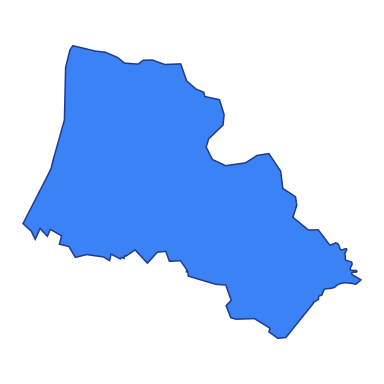 Halifax, North Carolina, United States of America (Equal Earth projection)
{"feature_id": "52423323B7774526001257", "entity_name": "Halifax", "entity_type": "district", "adm_level": 2, "iso_a3": "USA", "parent_name": "United States of America", "parent_adm1": "North Carolina", "projection": "equal_earth", "projection_center": [-77.531, 36.258], "detail": "fine", "context": "isolated", "style": "filled", "palette": "blue", "viewbox_px": 384, "rotation_deg": 0, "n_neighbors": 0, "source": "geoboundaries", "source_scale": "gbopen_adm2", "svg_char_len": 2136}
<svg xmlns="http://www.w3.org/2000/svg" viewBox="0 0 384 384"><path d="M23.0,223.6L31.3,231.2L35.2,239.3L40.1,228.5L47.3,236.3L50.3,229.4L61.6,235.8L59.4,244.2L68.9,246.5L75.3,257.4L86.6,254.6L103.4,256.9L109.6,260.6L111.0,254.1L120.2,258.9L120.7,258.8L121.0,258.3L121.2,258.1L121.4,257.8L121.8,257.6L122.1,257.4L122.3,257.4L123.5,258.2L124.2,258.2L124.2,256.9L124.3,256.3L124.7,255.7L125.0,255.6L125.8,256.2L135.1,249.9L147.4,263.2L157.3,252.2L165.8,251.4L169.4,261.3L180.5,260.7L187.1,270.2L187.1,270.7L187.1,270.9L186.7,271.0L186.3,271.5L186.3,271.8L186.8,271.8L187.2,271.7L187.3,271.6L187.5,271.3L187.7,271.5L188.4,276.2L216.2,284.4L225.8,285.0L231.2,300.4L226.1,305.6L230.8,317.7L235.8,319.2L254.4,318.6L270.0,328.2L268.9,331.9L277.9,338.3L285.9,337.5L313.5,303.1L313.3,302.2L314.6,301.8L318.6,299.2L318.5,297.5L318.5,297.3L319.1,296.0L321.9,295.0L323.9,289.9L324.8,289.0L331.3,288.3L334.6,287.3L337.6,284.7L341.4,283.3L345.1,282.7L352.1,283.4L355.8,284.3L361.0,279.9L352.6,274.8L351.9,274.3L351.6,273.7L351.7,272.9L352.0,272.5L353.5,272.2L354.4,272.1L355.3,272.2L356.1,272.1L356.6,271.9L356.9,271.3L356.7,270.8L356.2,270.5L355.4,270.4L354.5,270.5L352.7,270.4L351.1,270.2L350.3,269.6L350.2,268.7L350.3,268.0L350.6,267.3L351.5,265.8L351.9,264.8L352.1,263.9L352.0,262.8L351.4,262.0L346.0,260.2L345.6,259.8L345.3,259.1L345.2,258.2L345.4,256.7L345.3,256.0L344.9,254.7L344.8,254.0L344.9,253.4L345.4,252.2L346.2,250.8L346.7,249.8L346.7,249.2L346.5,248.8L346.0,248.6L341.8,249.9L341.4,249.9L340.5,249.4L340.0,248.8L339.3,246.2L338.2,244.3L337.2,243.4L335.7,242.8L334.3,243.4L329.9,245.2L318.2,229.8L308.4,230.0L292.9,217.3L296.8,205.2L295.5,196.8L282.8,188.4L280.7,171.3L268.9,153.6L257.1,155.4L245.6,162.8L225.6,165.7L212.4,159.5L206.2,147.1L208.7,138.8L223.0,125.1L224.1,114.7L219.5,99.7L204.7,96.5L203.8,92.3L195.9,89.0L186.7,81.0L180.7,63.9L164.8,64.5L152.4,60.0L143.2,60.3L138.1,64.1L124.4,63.1L117.8,57.6L105.5,52.3L95.6,51.1L95.4,51.2L95.2,51.2L95.1,51.3L94.8,51.1L94.5,50.9L72.8,45.7L69.9,50.1L65.6,67.6L64.4,120.1L53.2,159.8L51.1,168.4L50.0,170.8L42.8,185.0L23.0,223.6Z" fill="#3b82f6" stroke="#1e3a8a" stroke-width="1.5"/></svg>